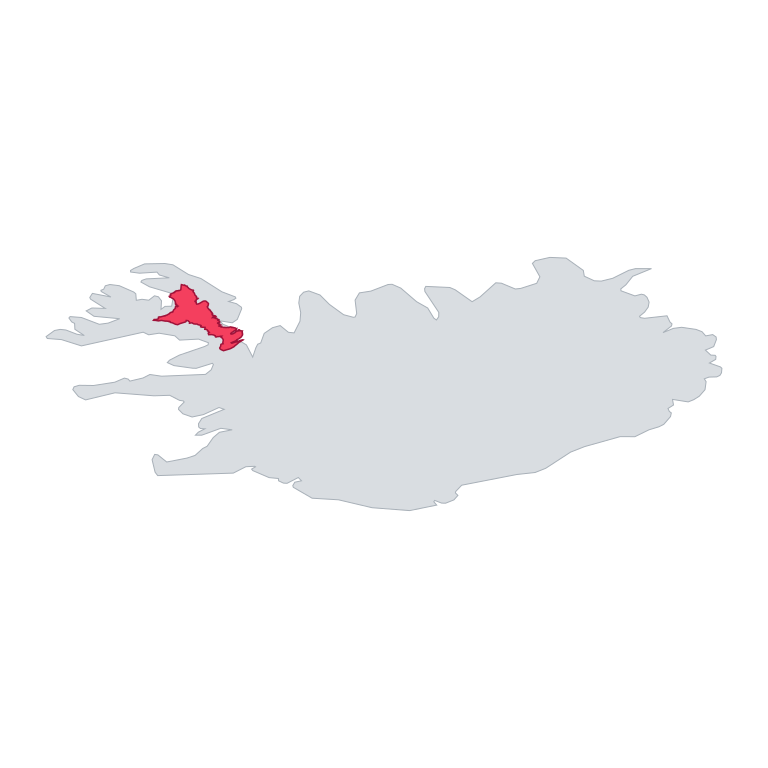 location of Strandabyggð, Vestfirðir, Iceland
{"feature_id": "244011B90835463390859", "entity_name": "Strandabyggð", "entity_type": "district", "adm_level": 2, "iso_a3": "ISL", "parent_name": "Iceland", "parent_adm1": "Vestfirðir", "projection": "robinson", "projection_center": [-21.814, 65.764], "detail": "fine", "context": "in_parent", "style": "filled", "palette": "rose", "viewbox_px": 768, "rotation_deg": 0, "n_neighbors": 0, "source": "geoboundaries", "source_scale": "gbopen_adm2", "svg_char_len": 9277}
<svg xmlns="http://www.w3.org/2000/svg" viewBox="0 0 768 768"><path d="M594.3,280.8L601.3,281.1L612.7,278.3L628.8,270.3L635.6,268.6L651.5,268.6L632.7,276.3L625.9,284.8L620.8,288.9L621.0,290.8L634.9,295.9L641.4,294.2L644.3,294.9L647.0,297.3L649.1,302.1L648.2,307.1L644.6,312.1L639.5,316.3L640.3,317.6L644.6,318.3L667.0,315.8L669.9,321.9L672.0,323.9L671.5,326.0L663.0,332.6L673.3,328.4L681.6,327.3L696.0,329.4L702.0,331.7L705.7,335.9L712.7,334.6L716.1,337.0L716.4,339.6L713.7,346.6L705.4,350.1L710.8,355.1L715.1,355.3L716.0,356.4L715.7,359.4L709.4,363.0L720.4,366.9L721.9,368.3L721.5,372.8L719.9,375.4L716.7,376.9L709.0,377.1L704.3,378.8L706.1,381.7L705.0,389.7L699.3,396.2L693.7,399.7L688.2,401.9L672.5,399.4L673.5,405.0L668.0,408.5L669.3,411.4L671.3,412.9L670.5,416.6L663.8,424.3L658.9,426.8L649.0,429.8L634.9,436.7L620.2,436.6L584.6,446.6L570.6,452.1L545.7,468.3L535.1,472.5L516.8,474.5L461.7,485.2L455.7,491.5L455.4,492.9L457.9,495.4L453.9,499.9L445.6,503.2L441.6,503.1L434.7,500.4L433.8,501.7L436.7,505.1L409.6,510.6L372.0,507.7L338.5,499.8L312.1,498.2L293.3,487.3L292.8,485.6L294.8,482.2L301.5,480.8L298.3,477.5L287.1,483.3L283.4,483.1L278.6,480.8L278.4,478.5L269.1,477.6L252.8,470.6L251.6,469.1L255.5,466.8L254.7,466.3L245.9,466.7L233.3,473.1L157.7,475.6L155.1,472.2L152.1,459.7L154.7,454.4L157.9,454.9L166.7,462.0L186.9,458.1L195.1,455.4L202.7,448.5L207.1,446.3L213.2,437.6L219.4,432.3L232.2,429.8L220.8,428.3L201.7,435.2L195.4,435.2L198.3,432.2L204.9,428.8L200.4,428.5L198.7,427.0L198.5,423.7L201.8,418.5L224.2,409.3L219.0,407.5L203.4,414.6L192.1,417.0L182.9,413.8L178.5,409.4L178.8,407.5L184.2,402.0L183.3,400.9L179.6,400.4L169.7,395.3L154.0,395.8L115.0,392.8L85.6,399.9L78.5,396.6L72.8,389.6L74.1,386.8L79.2,385.3L93.6,385.5L114.8,382.2L124.4,378.1L128.2,379.1L129.9,381.1L143.0,378.0L149.9,374.5L161.6,376.2L205.5,374.4L211.2,369.8L213.4,364.5L212.4,363.3L196.3,368.3L192.6,368.2L174.0,365.6L167.3,362.6L169.5,360.2L179.4,355.1L204.6,346.5L208.1,344.8L208.4,342.7L198.5,339.1L179.6,340.1L174.8,335.8L159.1,333.2L148.7,334.8L143.2,332.2L81.4,345.9L61.5,339.6L47.3,338.5L46.1,336.6L54.5,330.5L60.2,329.4L65.9,330.0L76.8,334.2L84.3,335.5L74.9,329.3L74.6,323.4L71.7,321.9L68.9,318.0L70.1,316.6L81.4,317.5L99.3,324.3L108.2,323.1L119.7,318.7L94.0,316.3L86.2,310.9L91.9,308.0L105.2,308.4L90.5,299.1L89.8,297.5L92.4,293.4L110.9,297.0L101.2,291.5L100.9,290.3L103.7,289.2L105.3,285.8L109.9,284.5L119.3,285.7L133.7,292.0L135.8,293.8L136.3,300.3L142.0,299.3L148.8,300.2L154.5,295.8L158.4,296.8L161.5,300.8L161.0,309.4L165.0,306.4L171.7,306.2L172.9,299.0L171.6,293.3L149.5,286.8L140.9,282.0L141.9,280.4L146.2,278.9L169.3,277.8L159.4,275.0L157.0,272.1L139.5,273.2L130.6,272.0L130.5,270.5L134.0,268.4L144.6,263.9L164.8,263.5L172.9,264.8L188.5,274.5L200.9,278.5L221.9,291.8L235.3,296.9L235.9,298.2L233.7,299.7L228.6,301.5L236.5,303.7L241.4,307.2L241.7,308.7L237.3,319.4L232.3,322.8L219.9,320.8L222.9,324.2L231.7,327.8L233.8,329.9L232.4,331.8L236.7,331.2L238.0,332.4L236.1,338.4L233.9,340.6L241.3,341.8L246.4,344.9L252.7,357.1L255.9,347.7L257.7,344.2L260.7,343.0L264.2,333.4L272.5,327.7L280.2,325.6L288.4,332.3L294.1,332.9L300.0,321.2L300.7,312.6L298.8,303.0L299.7,296.3L303.6,292.2L308.8,290.9L320.0,295.0L329.4,304.4L343.6,314.7L353.4,317.3L355.1,317.0L356.7,313.6L355.1,300.1L359.4,292.9L370.9,291.1L388.1,284.5L392.1,284.3L400.8,288.1L416.6,301.7L427.7,308.0L433.8,318.1L436.4,320.0L438.7,316.8L438.8,312.4L424.9,291.5L424.6,288.7L425.8,286.4L449.8,287.5L455.2,289.8L472.1,301.7L480.1,296.9L495.8,282.8L501.4,283.2L515.3,289.0L520.8,288.4L536.7,283.3L539.9,276.8L532.4,263.4L535.2,260.7L549.9,257.4L566.1,258.1L583.3,270.4L584.3,276.2L594.3,280.8Z" fill="#d9dde1" stroke="#a8b0b8" stroke-width="1"/><path d="M230.7,348.5L234.0,346.7L235.0,345.7L236.6,344.5L239.2,342.2L240.8,341.4L241.7,340.6L242.6,340.3L243.1,339.9L242.7,339.8L241.1,340.2L239.3,340.8L237.2,341.8L235.2,342.1L232.0,343.2L231.5,343.1L231.2,342.8L233.1,341.9L233.5,342.0L233.7,341.7L235.8,340.8L236.1,340.5L236.8,340.3L237.0,340.2L236.8,339.9L236.8,339.7L238.8,338.8L239.4,338.3L239.7,338.2L240.1,337.7L240.5,337.6L241.4,336.8L241.9,335.9L242.2,335.5L242.3,335.2L242.6,334.8L242.4,334.3L242.6,333.8L242.2,333.1L242.3,332.9L242.2,332.7L242.3,332.6L242.2,332.3L242.3,332.1L242.2,331.9L242.2,331.3L242.3,331.1L242.1,331.1L242.0,330.9L241.7,330.9L240.3,330.7L240.0,330.8L239.5,330.6L238.5,330.9L238.2,330.8L238.4,330.6L237.9,330.9L237.7,330.9L237.8,330.8L237.7,330.8L236.8,331.4L236.1,331.5L236.4,331.1L235.5,331.9L235.2,332.3L235.3,332.4L235.0,332.7L234.6,332.8L234.3,333.1L234.0,333.1L233.0,333.8L231.7,334.1L230.8,333.9L230.7,333.5L231.3,332.9L231.8,332.6L232.0,332.3L232.5,332.1L233.4,331.5L234.4,330.6L235.2,330.3L235.6,330.3L235.7,330.1L236.1,330.0L236.1,329.8L236.0,329.4L236.2,329.2L236.5,329.2L236.6,328.9L236.4,329.0L236.2,328.9L235.7,328.1L234.1,327.7L233.5,327.7L232.7,327.5L232.2,327.5L232.3,327.3L231.5,327.3L231.3,327.2L231.2,327.0L230.7,326.9L230.1,327.0L229.6,327.3L228.6,327.6L227.9,327.4L227.5,327.5L227.2,327.4L226.4,327.6L226.1,327.5L225.8,327.6L225.5,327.4L224.8,327.5L224.6,327.4L224.4,327.3L223.9,327.5L223.4,327.4L222.4,327.0L221.3,327.1L220.9,326.9L221.2,326.3L220.7,326.4L220.7,326.2L220.2,326.2L220.6,325.9L220.2,326.1L220.5,325.8L220.2,325.9L220.1,326.1L219.8,326.0L220.1,325.9L220.0,325.7L219.7,325.7L219.3,325.5L219.3,325.4L219.8,325.1L219.7,325.1L219.7,324.9L219.4,324.7L219.6,324.4L219.3,324.4L219.4,324.2L219.2,324.1L219.2,323.8L218.4,323.6L217.8,323.5L217.6,323.3L217.6,323.0L218.0,322.7L218.5,322.8L218.5,322.6L218.8,322.4L219.7,322.2L219.6,321.9L219.6,321.5L219.5,321.4L218.8,320.6L218.6,320.3L218.7,320.1L218.2,320.2L218.5,319.8L218.5,319.5L217.6,319.3L217.5,319.0L216.9,318.7L215.3,318.4L215.1,318.1L214.9,318.0L212.9,317.5L212.4,317.6L212.6,317.2L213.0,317.0L214.0,317.0L214.7,316.9L215.5,317.2L216.1,317.1L215.5,316.9L215.6,316.7L216.1,316.7L215.8,316.3L215.2,316.2L215.3,315.9L214.8,315.7L214.0,315.7L213.4,315.5L213.4,315.3L212.5,315.2L212.1,314.6L212.1,314.4L212.4,314.2L212.6,313.7L212.3,313.4L212.4,313.2L211.9,312.6L211.6,312.6L211.6,312.4L211.6,312.1L211.4,311.8L210.9,311.6L210.7,311.0L210.2,310.6L210.1,310.4L210.2,310.2L209.9,309.9L209.1,309.6L209.1,309.3L208.3,308.6L207.8,307.9L207.7,307.6L207.4,307.2L207.3,306.8L207.7,306.6L207.6,306.2L208.0,305.7L208.2,305.3L208.3,304.5L208.3,304.4L208.5,304.1L208.5,303.7L208.2,303.2L206.0,301.2L205.4,301.0L204.1,301.0L203.0,301.3L200.2,303.0L198.6,303.8L197.4,304.1L196.6,304.1L196.1,302.8L196.3,302.4L196.3,302.1L196.0,301.9L195.1,301.6L195.0,301.4L195.0,301.2L196.1,300.6L196.3,299.9L196.3,299.4L197.7,298.9L198.1,298.4L197.4,298.2L196.5,297.7L196.3,297.0L196.5,296.5L195.6,295.6L195.0,295.1L194.8,294.7L194.8,294.4L194.5,293.6L194.4,293.2L193.0,291.7L193.5,290.7L193.4,290.2L192.5,290.1L191.4,289.8L189.4,288.8L188.8,288.4L188.3,287.7L187.7,287.3L187.3,286.8L187.3,286.3L187.4,286.1L187.6,285.9L186.9,286.1L186.4,286.1L185.0,285.5L184.7,285.0L184.2,285.2L183.3,285.1L181.4,284.6L181.2,285.6L180.8,289.8L179.6,290.5L178.5,290.5L178.1,290.8L177.1,290.7L176.7,290.9L176.1,290.9L175.9,291.0L176.0,291.1L175.4,291.4L174.4,292.1L174.8,292.1L174.5,292.4L174.5,292.5L171.7,293.5L170.4,294.1L170.3,294.5L170.8,295.2L170.5,295.6L170.2,295.8L169.2,296.3L169.4,296.7L169.6,297.1L171.1,297.5L171.9,298.1L173.1,298.6L174.0,299.5L174.9,300.7L175.1,301.3L175.5,302.3L175.3,302.9L175.5,303.3L175.9,303.8L175.5,304.1L176.0,305.0L176.6,305.0L176.4,304.9L176.7,304.7L176.9,305.0L176.6,305.0L177.0,305.2L177.0,305.5L178.1,306.1L177.8,306.3L177.7,306.4L177.6,306.6L177.2,306.3L177.1,306.0L176.5,306.2L176.4,306.2L176.2,306.3L176.3,306.4L175.6,306.7L175.4,306.9L175.5,307.2L175.4,307.3L175.5,307.4L175.6,307.5L175.5,308.2L173.7,309.9L173.4,310.3L173.3,310.6L173.0,311.5L172.8,311.7L172.8,311.8L172.3,311.8L172.0,312.3L171.7,312.2L172.0,312.1L171.4,312.3L171.1,312.3L170.4,312.6L170.1,312.8L170.0,313.0L169.3,313.8L168.6,314.0L167.2,315.0L166.1,315.2L165.9,315.3L165.9,315.5L165.7,315.6L165.4,315.8L164.4,315.8L164.4,316.0L163.2,316.2L160.5,316.9L159.3,316.9L158.5,317.1L158.4,317.2L158.5,317.9L158.4,318.1L158.5,318.6L158.3,318.8L157.0,319.3L155.6,319.5L154.1,319.5L153.5,320.3L155.5,320.4L158.4,320.9L161.5,320.4L165.1,321.1L166.4,321.1L168.9,321.4L169.8,321.4L170.0,321.6L169.7,321.9L170.4,322.1L170.6,322.4L170.9,322.6L172.1,322.7L175.5,324.3L177.7,324.7L180.0,323.6L185.6,321.9L185.8,321.7L186.2,321.2L186.2,320.5L186.9,320.5L188.1,320.7L188.5,321.3L189.2,321.7L189.5,322.0L189.6,322.4L189.5,323.2L192.0,322.8L192.7,323.3L193.7,323.8L193.8,323.9L196.0,324.1L197.0,324.0L198.0,324.7L200.8,325.3L201.2,325.7L201.1,325.9L200.6,326.4L200.6,326.8L201.8,327.2L205.1,327.4L204.8,329.3L206.1,329.4L207.1,329.8L207.4,330.1L207.5,330.9L208.2,331.0L208.4,331.7L209.3,332.3L208.2,333.2L208.7,334.7L211.5,334.6L213.4,334.9L215.4,335.8L215.5,336.0L215.3,336.6L215.5,336.9L215.9,337.0L216.4,337.0L217.5,336.6L219.1,336.6L220.5,336.2L221.7,336.2L221.1,336.8L221.0,337.3L222.2,338.0L223.3,339.8L222.8,342.9L223.1,343.7L222.3,343.8L220.9,344.4L220.6,346.4L219.7,347.9L219.9,348.7L221.0,349.6L223.5,350.7L229.7,348.9L230.7,348.5ZM238.3,330.2L238.7,329.9L238.8,329.8L238.5,329.8L238.3,330.0L238.2,330.2L238.3,330.2ZM216.0,316.7L215.8,316.7L215.7,316.8L216.0,316.7ZM236.4,331.0L236.6,330.9L236.4,331.0Z" fill="#f43f5e" stroke="#9f1239" stroke-width="1.5"/></svg>